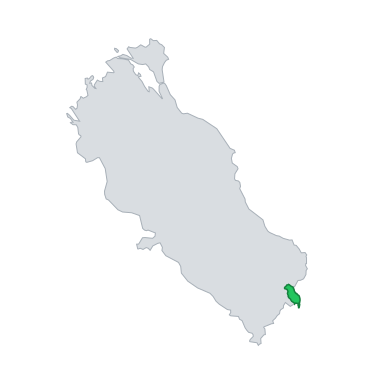 Iğdir on a map of Turkey (orthographic projection), rotated 47°
{"feature_id": "TUR-4840", "entity_name": "Iğdir", "entity_type": "Province", "adm_level": 1, "iso_a3": "TUR", "parent_name": "Turkey", "parent_adm1": "", "projection": "orthographic", "projection_center": [44.174, 39.869], "detail": "fine", "context": "in_parent", "style": "filled", "palette": "green", "viewbox_px": 384, "rotation_deg": 47, "n_neighbors": 0, "source": "natural_earth", "source_scale": "10m", "svg_char_len": 4621}
<svg xmlns="http://www.w3.org/2000/svg" viewBox="0 0 384 384"><g transform="rotate(47 192 192)"><path d="M295.3,151.5L300.4,153.5L302.1,152.2L306.8,152.5L311.0,153.6L313.4,150.6L316.3,151.0L316.8,152.5L318.2,153.1L322.5,157.1L322.0,157.6L323.1,159.0L326.8,160.0L327.2,162.0L330.1,165.0L331.6,169.6L330.6,172.8L329.0,174.8L331.3,181.8L330.5,182.6L335.2,184.9L341.0,184.6L342.9,185.5L348.5,191.0L349.9,193.1L346.0,190.5L343.8,192.7L342.7,198.1L336.5,199.1L337.5,202.6L339.1,204.2L338.6,207.5L339.0,208.8L340.7,211.0L340.5,213.9L341.2,217.1L341.2,220.8L343.8,222.0L342.6,223.7L339.7,231.3L339.9,231.9L341.9,232.1L346.3,235.6L345.5,236.8L346.0,241.7L349.9,244.8L349.3,246.4L349.4,248.1L346.6,247.3L341.0,251.7L340.3,251.6L339.6,250.1L339.4,245.7L338.0,244.6L336.3,244.4L333.2,246.3L330.4,246.2L327.6,245.8L320.2,243.1L317.5,244.0L314.7,242.9L309.0,248.1L307.3,248.5L306.6,245.9L304.7,244.3L302.1,246.3L292.6,248.6L288.2,248.9L282.8,247.8L278.4,247.9L266.1,253.3L254.4,255.9L244.1,255.1L238.7,251.0L234.3,249.9L220.7,254.6L214.3,253.9L212.3,251.4L207.4,250.0L206.2,252.1L204.7,257.4L206.1,262.4L203.3,262.4L201.4,263.4L200.6,267.0L197.9,268.2L196.9,270.4L196.4,270.4L192.4,268.1L193.7,266.5L191.7,259.4L193.2,257.5L199.0,252.4L199.1,249.2L197.0,246.7L189.9,250.1L189.2,251.7L187.5,252.7L185.0,252.9L173.5,246.4L166.0,250.3L159.3,256.4L154.5,258.3L141.0,258.5L138.5,259.5L134.2,257.5L131.7,255.4L126.5,246.9L115.7,239.5L103.8,236.3L102.5,237.6L101.3,243.4L98.6,248.7L97.5,249.1L95.0,247.3L85.2,249.0L77.8,244.0L76.7,242.2L75.9,235.5L74.8,234.9L73.4,235.5L72.1,235.3L66.9,231.5L63.9,230.8L61.6,233.1L58.4,233.7L58.5,232.9L59.9,231.4L55.2,230.8L52.4,231.7L49.2,230.2L49.5,229.5L52.4,229.2L58.9,229.4L63.6,225.9L48.6,223.3L47.0,223.9L47.1,221.7L48.2,220.8L52.2,220.7L52.3,218.9L50.3,216.4L47.8,214.9L47.5,210.0L46.4,208.6L46.7,208.0L49.2,207.6L50.3,204.4L50.4,202.2L45.9,199.5L44.8,199.4L44.0,197.4L42.2,195.7L40.3,196.4L36.1,192.7L37.3,190.8L38.5,191.1L39.0,189.6L38.6,186.8L38.9,185.5L40.0,185.3L41.2,185.8L42.1,187.6L41.6,190.6L42.6,192.7L43.8,191.1L45.8,192.5L49.9,192.4L50.8,191.7L47.9,191.3L47.0,190.3L45.6,184.9L48.2,184.0L50.4,181.9L47.5,179.7L48.7,176.5L46.7,172.1L51.3,168.0L51.3,167.3L50.1,166.8L38.2,166.5L38.5,164.3L39.7,162.5L40.6,157.9L41.6,155.5L43.9,155.2L47.2,152.0L52.2,148.5L56.6,149.4L58.6,148.6L61.2,149.0L61.6,150.9L63.7,152.5L67.8,153.1L69.9,152.3L68.5,149.8L70.9,149.6L72.6,150.4L71.2,152.6L71.7,152.9L77.1,153.2L82.5,154.7L88.6,155.5L89.5,154.9L85.6,151.8L88.7,150.2L90.3,150.0L103.4,150.3L103.5,149.8L95.9,147.4L92.3,144.0L91.5,142.3L92.9,138.7L94.0,137.9L96.8,138.3L106.0,141.5L113.0,141.6L120.1,145.2L127.3,145.8L129.0,144.9L131.3,141.6L142.2,137.2L146.2,134.6L162.6,130.7L186.0,134.4L190.4,132.5L192.7,133.6L191.9,135.0L191.9,136.5L194.3,140.3L198.3,142.8L204.4,141.6L206.4,142.5L208.0,148.3L211.4,151.9L213.1,152.3L215.5,150.6L217.6,150.5L221.0,152.7L222.0,154.8L233.3,158.0L235.6,159.8L243.2,162.0L260.7,159.1L266.8,162.1L272.1,163.2L274.4,162.9L281.5,160.0L283.7,158.3L288.1,156.9L293.7,153.5L295.3,151.5ZM79.0,118.6L78.1,121.0L78.6,123.9L80.2,128.1L82.2,130.4L92.5,137.5L90.1,142.0L87.2,142.2L77.9,138.2L73.6,139.4L70.9,138.4L66.8,138.5L65.1,141.2L61.7,143.9L53.2,146.5L44.5,153.1L42.3,153.7L43.8,151.2L44.2,148.7L47.8,146.6L52.6,145.3L54.1,143.8L43.1,141.9L42.6,139.2L43.8,138.9L48.2,135.2L48.9,133.5L49.4,129.1L54.2,127.5L54.8,126.6L55.0,122.1L51.4,118.8L51.8,117.6L54.9,117.1L57.1,114.4L61.4,114.7L63.7,113.7L67.5,113.6L71.3,118.2L76.9,117.8L79.0,118.6ZM38.9,151.6L35.1,151.5L34.1,150.6L35.5,149.6L38.5,149.3L39.2,150.7L38.9,151.6Z" fill="#d9dde1" stroke="#a8b0b8" stroke-width="1"/><path d="M349.8,193.3L348.4,192.3L348.1,192.0L347.0,191.6L346.8,191.3L346.3,190.6L346.1,190.4L345.7,190.6L343.9,192.0L343.8,192.3L343.9,193.0L343.9,193.3L343.6,193.1L342.9,192.9L339.9,193.6L338.6,193.4L337.4,193.0L335.7,193.3L334.1,193.0L334.0,192.7L333.9,192.4L332.8,192.1L331.3,191.4L330.8,190.7L330.5,189.9L329.9,189.5L329.6,189.5L329.0,189.2L328.8,189.1L328.2,188.9L327.1,189.4L326.0,190.1L325.4,189.9L325.2,189.7L324.9,188.8L325.0,188.3L325.0,187.3L324.7,186.0L325.3,185.3L325.3,184.5L326.2,184.1L328.3,183.8L330.5,183.0L331.3,183.4L332.8,183.9L334.7,184.9L336.7,185.2L337.0,185.2L337.5,184.7L337.9,184.6L338.1,184.7L338.3,184.9L338.6,184.9L338.9,184.8L339.4,184.8L340.4,184.5L341.0,184.5L341.6,184.7L342.5,185.2L343.9,186.0L344.9,186.9L345.4,187.4L345.5,187.7L345.6,188.0L345.8,188.4L346.1,188.5L346.1,188.8L346.1,189.0L346.4,189.0L347.1,189.7L347.4,189.9L347.6,189.9L347.8,190.0L348.9,191.5L349.2,191.9L349.4,192.2L349.6,193.0L349.8,193.3Z" fill="#22c55e" stroke="#15803d" stroke-width="1.5"/></g></svg>